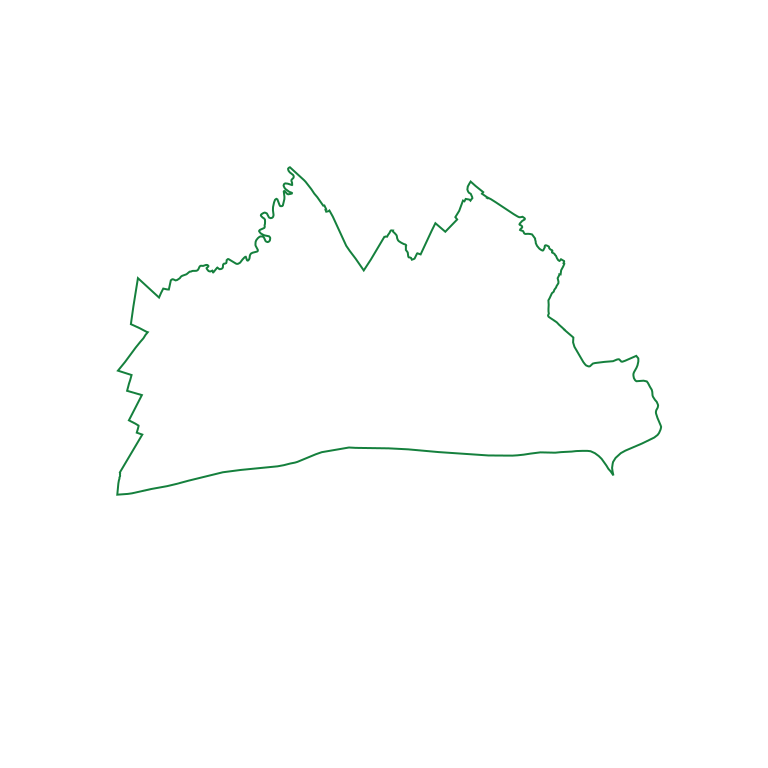 the district of Long Phu, Sóc Trăng, Vietnam, rotated 117°
{"feature_id": "81297802B46768613136824", "entity_name": "Long Phu", "entity_type": "district", "adm_level": 2, "iso_a3": "VNM", "parent_name": "Vietnam", "parent_adm1": "Sóc Trăng", "projection": "albers", "projection_center": [106.051, 9.663], "detail": "fine", "context": "isolated", "style": "outline", "palette": "green", "viewbox_px": 768, "rotation_deg": 117, "n_neighbors": 0, "source": "geoboundaries", "source_scale": "gbopen_adm2", "svg_char_len": 6166}
<svg xmlns="http://www.w3.org/2000/svg" viewBox="0 0 768 768"><g transform="rotate(117 384 384)"><path d="M164.3,398.7L166.7,398.9L170.0,399.0L172.9,398.0L174.2,396.6L175.0,395.3L175.2,393.0L177.5,390.2L178.4,389.6L179.7,390.0L181.4,390.2L181.0,391.3L181.0,391.9L182.0,395.2L184.7,395.3L184.7,396.9L195.6,395.6L202.9,396.2L204.2,393.5L220.5,398.5L217.4,411.2L225.8,411.1L251.9,410.2L252.4,413.6L252.7,413.8L258.3,413.7L259.0,414.1L260.6,415.6L259.4,417.2L259.5,418.3L259.9,419.5L259.6,420.0L259.2,420.4L256.0,422.6L254.6,425.4L252.7,426.3L251.6,427.0L250.7,427.0L250.2,427.4L250.0,428.3L250.3,429.8L250.3,432.7L250.0,435.7L249.5,436.9L248.2,438.4L246.3,439.8L245.6,440.7L244.8,442.8L244.1,445.2L243.6,445.7L243.2,445.7L243.9,447.4L244.6,447.7L246.9,447.7L249.5,448.1L251.3,448.1L251.9,449.6L252.7,450.1L252.8,450.5L279.0,452.2L292.0,453.6L285.2,466.2L281.0,474.9L278.0,480.4L258.1,505.6L254.2,511.4L255.1,511.8L256.7,513.7L255.3,515.3L254.5,514.9L252.0,518.2L252.7,519.1L247.8,528.3L246.0,532.6L243.4,537.2L239.5,545.5L238.7,547.7L233.6,566.2L234.5,566.9L235.6,567.2L236.2,566.9L237.3,565.9L238.2,564.0L239.0,559.9L239.7,558.9L240.6,558.4L241.6,558.3L243.7,559.0L244.4,559.0L245.2,558.6L246.4,557.3L248.3,556.2L248.5,556.3L249.2,560.7L250.1,563.1L251.4,563.8L252.7,563.6L253.0,563.4L254.3,561.8L255.0,560.3L255.8,555.7L255.5,553.1L255.6,552.7L256.1,552.6L256.8,553.3L258.5,555.5L258.5,556.8L257.3,559.8L257.3,560.5L257.7,560.7L258.0,560.7L262.4,557.7L264.5,556.7L270.8,555.2L271.5,555.4L272.3,556.4L272.5,557.1L272.5,557.5L271.9,558.4L267.9,562.8L267.9,564.0L269.3,564.7L272.1,564.4L276.7,563.2L279.5,561.9L283.6,559.1L285.3,558.7L286.5,559.0L287.6,560.1L287.9,561.7L287.5,562.6L285.4,565.5L285.2,566.0L285.3,567.6L285.5,568.2L286.3,569.0L287.9,570.0L288.9,570.4L289.6,570.3L290.1,569.7L290.8,567.7L290.9,566.2L291.5,564.8L293.1,563.8L295.5,562.7L296.7,562.5L298.1,561.6L299.2,561.5L299.8,561.9L303.0,564.5L304.0,564.8L304.6,564.6L305.4,563.1L305.8,562.0L305.9,559.4L305.8,557.9L304.6,553.5L305.2,552.0L305.9,551.5L307.7,550.9L308.9,551.0L309.9,551.6L310.4,552.2L310.6,553.6L310.3,554.6L308.2,557.2L307.7,558.5L307.8,559.4L308.7,561.2L309.5,561.8L311.3,562.6L313.9,563.1L314.9,563.0L315.7,562.9L317.8,562.0L318.7,561.5L319.2,561.0L321.8,557.3L322.7,556.9L323.2,557.0L323.6,557.2L326.8,560.8L328.3,561.8L330.2,561.9L333.1,560.9L334.2,560.8L335.5,561.1L335.9,561.4L336.0,561.9L335.8,562.4L333.6,564.7L333.4,564.9L333.6,565.3L334.9,565.9L337.3,566.6L341.2,567.3L342.6,568.2L343.3,568.8L343.6,569.3L343.9,570.1L343.9,570.8L343.3,579.2L343.7,579.9L345.1,580.4L347.1,579.6L347.9,579.5L349.0,580.4L349.3,581.1L350.2,581.5L350.9,581.5L353.3,580.5L354.4,580.6L355.5,581.4L356.3,582.5L356.3,583.6L355.9,585.3L356.2,585.5L361.9,586.7L362.2,586.9L362.2,587.0L361.2,587.8L360.9,588.4L362.4,589.6L362.8,590.4L363.0,591.6L362.2,593.5L361.6,594.5L361.3,594.7L360.5,594.5L359.3,593.9L358.9,593.9L358.5,594.1L358.3,594.6L358.2,595.5L358.7,596.6L360.9,598.8L361.7,600.7L362.1,601.2L363.1,601.6L366.4,601.5L367.5,601.9L368.4,602.7L370.2,606.0L371.5,607.1L372.2,608.2L375.9,609.8L379.2,612.9L380.0,613.4L380.7,613.7L382.5,614.0L385.2,615.5L386.3,616.7L386.4,619.1L386.8,620.2L388.4,621.0L397.5,618.6L398.2,620.2L399.2,624.0L404.1,624.0L409.1,623.7L401.4,651.3L428.7,642.5L445.6,636.7L445.2,627.1L445.3,619.4L445.1,618.0L448.6,618.8L452.4,619.1L457.2,620.3L464.3,621.8L481.8,624.7L492.9,627.1L490.6,613.0L495.9,611.9L499.3,611.4L506.7,609.8L503.8,594.7L532.2,594.8L532.2,587.6L532.5,583.8L532.8,583.6L535.4,583.0L539.6,582.2L538.8,576.4L582.8,579.2L583.2,578.6L584.1,578.4L585.7,577.4L586.2,577.3L587.3,577.3L588.6,576.7L590.1,576.5L593.3,575.5L603.7,571.4L598.2,562.3L595.8,558.9L583.3,543.8L573.5,530.9L567.3,523.6L558.9,514.3L535.8,487.5L525.6,472.6L505.7,441.5L501.8,436.4L497.4,431.4L494.5,427.7L492.7,425.8L477.6,412.9L473.0,408.5L456.5,386.4L453.8,380.3L439.2,350.6L431.3,332.9L419.9,304.5L400.3,258.6L389.6,237.2L387.0,232.8L383.5,227.4L379.6,222.0L373.9,213.6L367.5,200.3L364.3,195.3L359.0,186.1L356.5,182.3L353.2,176.3L351.2,172.3L350.1,169.4L349.9,164.7L350.7,159.9L351.9,156.1L355.7,148.8L357.7,145.6L359.0,142.3L361.3,138.1L358.1,140.7L355.2,142.7L351.1,144.1L349.4,144.5L344.7,144.1L338.1,141.6L333.8,138.7L319.9,127.1L309.0,118.9L305.2,117.1L302.8,116.7L299.1,116.9L297.4,117.3L296.4,117.6L295.3,118.7L290.1,124.9L286.8,128.2L285.6,129.0L283.8,129.5L280.8,129.4L278.7,130.0L278.0,130.6L276.1,132.9L275.1,135.4L273.2,138.6L272.2,139.6L269.2,141.4L267.6,142.8L265.8,145.7L263.3,149.2L262.4,151.0L263.2,154.2L266.9,160.3L266.9,160.7L266.6,162.0L265.3,164.0L263.4,165.5L261.9,166.3L260.2,166.6L254.9,166.4L252.3,166.6L248.5,167.6L246.1,168.8L245.7,169.1L244.4,172.0L253.8,179.7L255.8,181.6L256.3,182.7L255.3,185.5L255.4,186.1L256.3,187.4L259.7,190.3L264.2,197.6L269.6,205.6L271.0,207.2L274.6,208.5L275.1,209.0L275.5,209.9L275.7,212.3L275.2,213.8L274.0,216.3L264.4,231.2L261.1,234.4L256.6,236.4L253.8,248.0L253.6,247.9L251.8,254.7L250.6,258.1L249.5,267.2L249.2,268.2L248.3,269.0L246.4,269.1L244.8,270.3L242.3,271.6L238.7,273.2L234.8,275.5L232.5,275.4L226.9,275.6L224.7,274.7L222.6,275.0L219.9,274.5L218.7,274.7L215.0,274.4L213.5,275.1L210.9,277.3L207.4,277.3L206.6,277.6L206.2,276.4L202.2,277.8L198.0,277.7L195.1,277.9L194.9,278.9L193.4,278.9L192.7,279.4L192.5,282.9L194.1,283.2L194.7,283.6L194.5,285.1L193.4,287.0L191.7,289.0L191.4,290.1L190.9,290.7L190.6,291.6L190.5,294.0L189.9,294.4L189.0,294.3L188.5,295.1L188.6,296.6L188.1,298.3L186.9,299.3L186.7,299.7L186.7,301.6L186.9,302.7L187.3,303.2L187.7,303.4L188.5,303.3L189.2,302.8L192.6,302.8L193.1,303.3L193.2,304.2L193.1,305.7L192.8,307.2L191.4,310.4L189.6,312.7L188.1,313.6L186.6,315.0L185.8,315.4L183.5,320.0L184.0,321.9L184.8,323.9L186.1,326.1L186.2,326.9L186.1,327.5L184.8,329.2L184.6,329.8L185.0,331.6L185.0,332.7L184.3,332.8L181.9,332.0L181.4,332.1L180.7,332.8L180.5,333.7L180.5,335.4L180.2,335.8L179.2,335.8L176.0,334.9L173.6,333.4L173.2,333.4L172.7,333.6L172.4,334.2L172.1,336.5L173.2,337.8L173.7,338.6L174.0,339.3L174.1,340.9L173.8,345.4L171.3,367.3L170.8,372.6L170.8,376.2L171.4,376.1L171.4,376.9L170.8,376.9L170.0,383.1L168.0,382.7L166.0,392.3L164.3,398.7Z" fill="none" stroke="#15803d" stroke-width="2"/></g></svg>